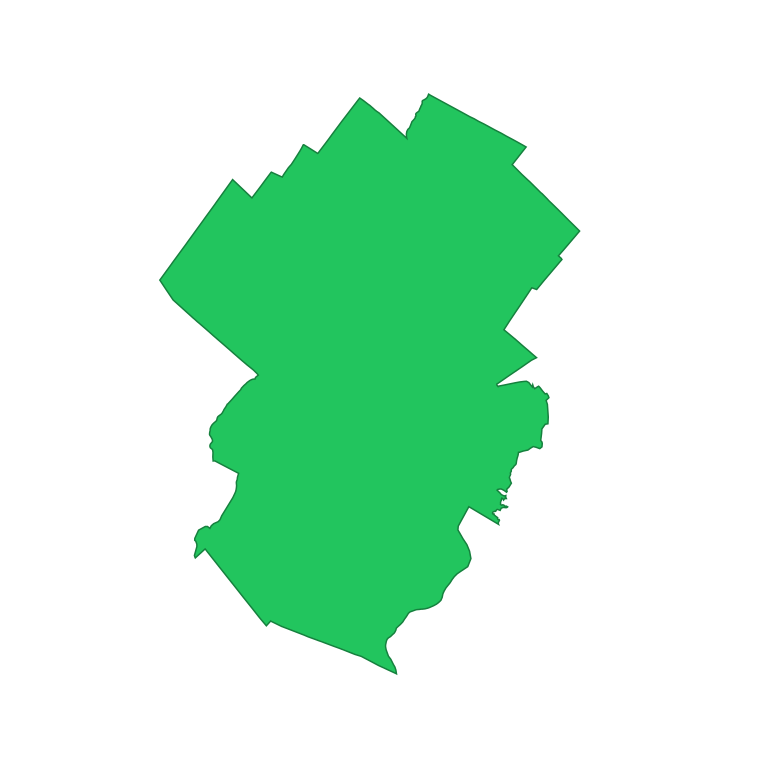 outline of Vacaresti, Dâmbovita, Romania, rotated 252°
{"feature_id": "2599482B45717783963826", "entity_name": "Vacaresti", "entity_type": "district", "adm_level": 2, "iso_a3": "ROU", "parent_name": "Romania", "parent_adm1": "Dâmbovita", "projection": "robinson", "projection_center": [25.508, 44.844], "detail": "fine", "context": "isolated", "style": "filled", "palette": "green", "viewbox_px": 768, "rotation_deg": 252, "n_neighbors": 0, "source": "geoboundaries", "source_scale": "gbopen_adm2", "svg_char_len": 6147}
<svg xmlns="http://www.w3.org/2000/svg" viewBox="0 0 768 768"><g transform="rotate(252 384 384)"><path d="M469.0,617.3L479.1,612.1L483.1,610.0L486.5,608.3L490.5,606.3L503.2,599.7L506.7,597.8L507.9,597.2L509.7,596.4L515.7,593.4L516.1,593.2L517.6,592.2L532.0,584.8L532.7,584.3L532.9,584.2L540.9,579.8L553.0,573.7L565.5,592.4L568.7,589.5L576.2,582.5L582.1,576.8L586.3,573.0L591.2,568.1L600.3,559.5L604.5,555.2L608.4,551.7L611.7,548.2L618.2,542.1L643.6,518.0L644.8,516.9L645.6,516.3L645.9,516.0L644.9,515.2L644.0,514.5L643.1,513.5L642.6,512.5L642.3,511.8L641.9,510.0L641.7,508.6L641.2,507.7L640.0,507.4L638.9,506.9L638.1,506.4L637.4,505.5L635.5,503.9L634.7,503.1L633.6,502.2L632.8,501.6L632.5,500.9L631.9,499.1L631.4,498.0L630.6,497.5L629.1,497.3L628.5,496.4L627.6,496.0L626.9,495.2L625.8,493.4L624.9,491.7L622.8,490.0L620.7,488.3L619.6,487.2L618.8,485.4L617.2,483.8L615.0,482.6L612.2,481.8L610.6,481.6L643.3,463.1L643.6,462.9L643.9,462.6L644.7,462.0L645.4,461.4L646.2,460.9L647.2,460.2L649.7,458.8L651.3,457.8L653.2,456.7L655.2,455.2L659.8,452.1L662.7,449.9L663.5,449.3L661.9,446.9L646.6,424.7L641.7,417.8L637.1,411.3L634.4,407.6L630.9,402.6L625.9,395.4L624.0,392.7L623.8,392.2L626.4,390.0L630.4,386.7L636.3,381.7L636.4,381.4L636.4,381.1L636.2,380.9L633.9,378.6L631.9,376.4L629.7,373.8L624.4,367.4L621.3,363.5L620.9,362.7L620.3,361.7L619.3,360.0L617.7,357.9L614.1,353.2L612.8,351.8L612.3,351.3L613.0,350.3L614.8,348.3L620.3,342.3L620.1,341.9L614.6,334.1L610.1,327.8L603.2,317.9L601.8,315.9L602.1,315.7L624.8,303.4L625.2,303.2L607.7,279.4L607.5,279.2L596.2,263.6L596.0,263.4L579.2,240.3L579.0,240.1L564.4,219.8L564.2,219.6L552.1,202.9L539.9,206.3L529.1,209.4L505.0,223.3L504.8,223.5L501.1,225.6L495.1,229.3L489.1,232.9L482.6,236.7L476.6,240.3L469.5,244.6L466.5,246.4L458.9,250.9L449.6,256.5L445.4,259.1L445.0,259.3L443.2,260.5L437.7,264.1L433.3,266.4L431.3,267.2L430.8,266.0L430.4,264.9L429.9,263.8L428.6,262.8L429.1,261.0L429.1,259.2L428.7,257.2L427.7,254.2L427.0,253.0L425.8,250.2L424.0,247.0L422.8,245.9L421.6,243.6L418.5,238.2L416.3,234.6L413.9,230.3L413.3,229.3L413.3,228.8L411.2,226.6L410.3,225.4L409.2,224.0L408.0,222.9L406.3,221.0L405.7,220.0L405.2,218.5L404.7,217.0L404.3,216.0L403.6,215.2L402.4,214.4L401.4,213.8L400.8,213.2L400.1,211.6L399.4,209.9L398.4,208.0L396.9,206.3L395.5,205.1L394.7,204.7L393.5,204.3L391.9,203.3L390.3,202.6L390.0,202.5L389.2,202.5L387.4,203.0L385.0,203.5L383.7,203.5L382.9,203.3L382.3,203.1L380.5,200.3L379.6,199.6L378.7,199.2L377.6,199.1L376.9,199.2L375.4,200.2L374.6,200.6L373.4,200.5L371.7,200.2L370.3,199.7L367.6,198.7L364.8,198.0L363.9,197.8L363.6,197.7L363.4,198.5L363.0,199.5L359.2,203.2L344.0,218.1L343.9,218.0L342.9,217.4L340.6,215.8L339.0,215.1L338.1,214.6L337.3,213.9L336.4,213.3L335.5,213.0L332.9,212.4L331.0,211.6L329.0,210.6L327.6,209.7L326.2,208.5L322.7,205.2L320.8,203.0L313.8,194.8L308.8,188.9L305.6,186.1L304.3,183.7L303.8,178.9L302.6,176.0L300.5,173.8L303.0,172.1L303.7,170.0L302.3,162.5L295.7,156.4L293.9,155.7L292.6,156.4L289.5,156.5L287.2,155.8L279.5,150.7L277.6,150.7L276.9,150.8L282.4,162.9L281.7,163.2L278.6,164.3L274.8,165.7L270.7,167.2L241.6,178.0L238.7,179.1L232.5,181.4L229.5,182.5L223.8,184.6L222.8,185.0L212.4,188.9L211.9,189.1L200.5,193.3L199.3,193.8L198.7,194.0L197.5,194.5L190.4,197.4L193.6,203.0L193.4,203.1L184.8,212.0L184.7,212.2L169.9,230.4L167.1,233.6L161.1,241.3L160.7,241.7L160.5,242.1L160.2,242.4L159.0,244.0L150.0,255.3L147.6,258.4L146.6,259.7L135.8,272.8L132.0,278.2L117.9,291.9L105.4,305.4L104.5,306.3L108.3,306.9L111.5,306.9L114.2,306.3L120.1,305.4L123.8,304.1L130.7,303.9L133.6,304.3L135.4,304.9L136.6,305.6L138.4,306.6L140.1,307.9L141.2,309.7L141.8,312.2L143.1,314.8L143.8,316.5L144.6,317.6L146.1,319.1L148.0,320.3L149.1,322.6L149.9,324.5L150.8,326.3L151.9,328.3L154.0,330.8L155.8,333.3L158.4,336.4L159.2,338.3L159.3,342.0L159.4,344.7L159.1,346.3L158.7,347.9L158.4,349.7L158.0,351.1L157.5,353.6L157.3,356.6L157.4,358.6L157.5,359.4L157.8,362.6L158.4,365.8L158.9,367.4L159.6,369.1L160.7,371.3L163.1,373.4L166.3,375.2L168.6,377.3L171.0,380.0L172.5,382.3L174.5,385.4L177.1,388.5L179.1,391.4L180.9,395.0L182.0,398.6L183.2,402.9L184.4,407.2L191.1,412.7L198.6,413.7L205.5,413.2L212.4,411.3L222.4,409.2L225.9,410.7L241.1,426.8L215.1,449.6L216.2,449.6L217.1,450.1L218.7,451.7L219.5,451.6L220.1,450.4L221.2,450.4L221.8,450.8L223.1,449.8L225.3,448.4L226.5,448.4L226.3,447.8L227.1,447.2L228.1,447.5L228.7,448.3L228.7,449.0L228.8,450.1L228.4,450.7L228.5,451.0L229.1,451.5L229.7,452.6L229.6,453.3L227.9,455.4L229.1,456.5L229.7,457.2L229.7,459.5L229.1,460.8L228.6,461.9L228.6,462.9L228.9,463.6L230.0,462.7L230.5,461.1L231.6,460.7L232.4,459.7L232.5,458.2L233.6,457.6L234.1,457.9L235.5,458.3L236.1,458.6L237.0,459.6L238.1,460.0L239.1,460.8L238.9,461.1L238.3,461.4L236.7,461.9L237.3,462.5L237.5,463.2L237.5,464.0L237.2,465.0L237.8,465.0L238.6,464.4L239.3,465.0L240.3,465.4L240.3,464.0L241.1,462.9L242.6,461.4L244.4,460.7L246.1,459.8L248.1,458.7L248.6,459.5L248.4,461.4L247.9,463.1L245.7,465.3L243.2,467.1L243.8,467.9L245.2,467.9L246.2,468.6L247.4,471.1L248.8,472.7L250.3,474.5L252.2,474.3L255.0,474.4L256.0,474.2L257.2,474.9L258.3,476.0L259.2,476.6L260.3,476.6L261.7,478.1L262.3,478.3L263.3,478.6L263.7,479.1L264.5,480.8L265.9,482.7L266.7,484.5L267.6,485.2L270.1,486.4L272.3,487.7L274.7,489.4L276.0,490.1L277.5,490.8L277.2,491.9L277.2,495.8L276.9,498.6L276.7,500.5L277.6,503.2L278.4,506.5L276.9,509.0L274.4,512.2L275.4,514.8L278.4,516.1L280.0,516.3L281.9,515.6L285.3,517.2L288.3,518.6L292.5,520.3L295.9,524.9L295.5,527.6L301.8,530.0L314.1,533.1L318.3,533.1L320.0,536.6L321.9,536.6L324.7,535.9L324.7,534.2L328.2,532.7L332.0,531.4L334.1,530.4L333.9,529.2L333.0,525.9L335.1,525.2L337.2,525.2L335.4,524.1L340.6,522.2L342.6,520.3L343.2,517.9L344.0,513.7L344.6,509.2L345.9,497.7L346.6,492.1L346.3,491.7L347.5,491.2L348.3,491.0L349.1,491.3L349.4,492.6L350.6,496.5L351.7,500.2L352.9,504.1L356.8,517.5L358.0,521.6L360.9,531.1L361.2,532.6L361.9,537.2L379.9,526.3L385.5,523.0L398.5,514.8L404.9,522.6L411.5,531.0L416.0,536.8L429.8,554.3L426.7,558.4L433.2,568.6L446.1,589.5L447.4,591.7L448.7,591.4L452.0,589.5L457.6,598.8L469.0,617.3Z" fill="#22c55e" stroke="#15803d" stroke-width="1.5"/></g></svg>